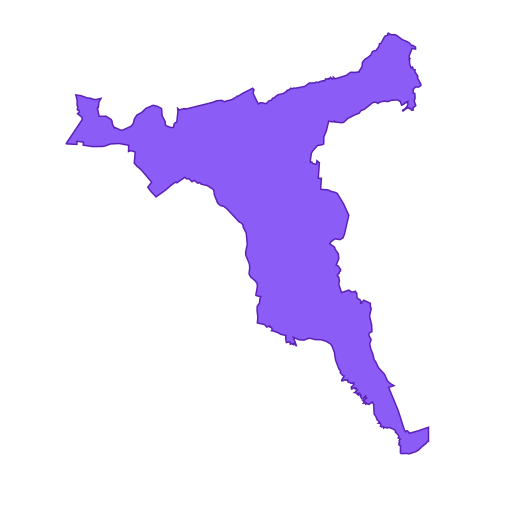 outline of Casin, Bacau, Romania, rotated 265°
{"feature_id": "2599482B1841621601229", "entity_name": "Casin", "entity_type": "district", "adm_level": 2, "iso_a3": "ROU", "parent_name": "Romania", "parent_adm1": "Bacau", "projection": "mercator", "projection_center": [26.717, 46.195], "detail": "fine", "context": "isolated", "style": "filled", "palette": "violet", "viewbox_px": 512, "rotation_deg": 265, "n_neighbors": 0, "source": "geoboundaries", "source_scale": "gbopen_adm2", "svg_char_len": 6102}
<svg xmlns="http://www.w3.org/2000/svg" viewBox="0 0 512 512"><g transform="rotate(265 256 256)"><path d="M466.5,407.2L465.8,406.5L464.4,406.5L464.0,404.0L462.6,402.7L456.9,399.1L456.8,397.5L454.2,396.9L450.2,393.4L450.2,391.8L449.3,389.7L446.3,388.0L444.2,385.0L442.4,381.5L439.6,378.9L435.4,378.2L431.1,374.8L430.4,374.9L430.3,370.8L430.8,366.3L428.0,361.6L426.1,352.6L425.7,350.3L427.4,348.6L426.0,348.5L425.4,347.3L427.5,345.9L426.6,345.0L426.4,343.4L425.7,343.5L426.4,340.7L424.5,339.7L424.8,338.2L424.1,334.5L423.4,333.3L424.0,331.3L423.3,329.5L423.7,324.2L420.7,319.4L419.7,310.3L420.0,308.3L419.5,307.3L420.1,305.0L418.8,303.9L418.3,301.3L417.5,301.1L415.3,296.9L414.8,292.3L414.4,291.3L411.7,287.3L411.7,286.2L409.7,284.9L409.7,282.9L406.8,279.2L408.2,275.2L408.2,273.2L407.2,271.6L416.7,267.8L419.2,267.4L421.6,268.5L423.4,267.3L419.1,256.6L417.0,252.7L416.7,250.7L416.1,250.3L413.9,245.4L413.4,243.1L413.3,241.1L412.5,238.1L414.1,235.0L414.0,229.9L413.0,226.9L412.4,223.6L408.6,199.4L408.9,198.9L408.5,198.1L409.1,197.4L409.1,196.5L408.7,195.9L408.8,194.8L408.1,192.4L409.9,190.8L406.7,190.8L396.6,188.8L395.0,186.1L391.6,185.1L391.2,184.3L391.6,181.9L393.6,177.8L395.2,177.1L397.9,177.2L403.9,174.7L411.0,174.8L413.7,170.8L415.1,166.6L412.6,159.1L408.9,154.6L406.9,149.7L403.3,146.9L398.3,145.1L396.0,142.5L393.0,134.1L393.2,132.2L396.3,126.6L395.9,126.2L399.2,124.6L403.5,124.2L404.8,123.4L408.3,118.8L408.8,112.0L417.2,110.8L417.7,111.9L423.2,113.0L426.5,115.3L425.8,110.2L426.2,107.7L427.5,105.1L428.3,101.3L430.8,96.0L432.2,90.6L426.4,91.4L421.7,90.9L419.3,91.6L417.8,90.7L416.5,91.4L416.6,92.3L414.8,92.7L413.3,90.6L409.5,94.6L407.1,94.8L384.7,76.8L384.2,77.0L382.8,87.3L385.8,87.5L385.7,88.2L384.5,94.0L381.5,93.5L379.2,102.9L378.5,112.3L378.8,115.5L380.3,120.9L380.0,129.4L377.4,138.8L371.2,138.1L371.8,140.9L370.0,144.8L359.3,142.8L355.9,145.1L352.2,148.9L338.7,158.5L334.0,154.2L329.8,156.7L323.6,161.6L329.7,171.9L333.9,177.6L336.4,181.9L336.7,182.8L335.8,183.6L340.6,192.0L339.0,193.4L338.8,196.0L335.5,198.7L336.5,200.5L336.5,201.2L333.6,204.4L334.1,205.9L332.4,207.7L330.4,213.6L326.5,218.6L325.2,219.7L321.0,219.8L312.0,222.4L309.4,224.9L308.2,228.3L305.6,231.1L291.4,242.2L290.2,244.2L287.7,246.0L286.3,245.6L279.6,248.3L268.2,248.3L261.1,246.1L258.1,245.8L248.7,248.7L244.9,248.7L238.7,247.5L235.3,249.0L231.4,253.0L228.2,254.8L224.5,254.5L217.0,252.4L216.5,252.8L215.1,257.3L213.3,256.2L208.7,255.3L205.8,252.8L201.4,252.3L194.9,252.5L189.2,251.5L186.9,258.6L184.2,260.6L185.2,263.4L183.7,263.8L183.5,265.2L180.7,265.9L180.2,264.2L180.2,265.6L179.5,267.3L177.6,271.4L175.8,273.8L174.2,278.9L171.7,278.3L167.2,278.7L167.5,282.3L165.1,282.5L165.6,283.7L164.5,285.4L165.6,285.6L165.6,286.3L163.3,287.9L163.2,288.4L171.7,286.2L168.8,291.6L168.0,296.5L169.3,301.0L169.4,302.7L167.5,307.8L166.9,313.5L164.8,318.6L161.9,322.6L159.3,324.0L153.2,325.7L145.4,326.2L136.0,328.8L134.3,330.2L132.6,329.7L129.7,331.7L128.7,333.4L125.0,330.6L124.1,330.6L124.3,332.3L125.1,333.8L124.3,334.5L124.7,336.5L123.0,336.5L122.0,337.3L122.0,338.6L121.0,339.2L121.0,342.3L120.2,341.8L119.8,342.4L118.2,341.2L117.4,339.6L115.6,339.4L115.1,339.8L115.9,341.5L116.0,343.5L115.6,344.1L114.9,343.5L114.6,344.8L113.6,345.4L112.5,343.5L111.9,343.6L111.3,342.3L110.8,344.3L109.9,344.6L110.3,346.3L109.2,345.2L108.4,346.1L108.9,347.0L109.0,348.1L108.3,348.5L107.2,347.8L104.5,349.0L104.1,350.0L107.6,353.6L105.4,352.5L104.7,353.7L104.0,352.3L103.3,351.9L102.5,349.9L101.5,351.5L100.0,350.2L100.1,352.9L98.9,352.5L99.2,353.3L98.3,355.6L100.4,359.2L97.7,360.3L88.1,359.9L86.3,361.2L82.1,362.4L79.7,364.8L78.8,363.3L78.3,365.2L77.4,365.9L75.6,365.1L74.8,366.0L74.7,368.0L73.4,368.2L74.2,369.5L73.2,371.7L73.6,373.5L71.6,377.8L69.9,379.7L68.2,379.6L65.8,381.9L63.1,382.6L62.4,381.8L61.1,383.8L59.8,382.6L57.3,382.7L57.2,382.1L56.1,381.9L54.9,382.3L54.5,383.4L47.4,382.7L46.5,383.3L46.1,389.3L45.5,391.2L47.2,398.1L48.5,401.0L51.3,404.3L54.5,409.1L56.2,410.6L56.2,411.7L70.4,412.9L67.8,402.9L66.0,393.2L66.9,393.1L68.7,391.5L68.7,390.7L67.9,389.7L69.6,388.7L89.5,384.2L113.6,376.7L114.8,382.1L117.4,378.5L120.1,376.1L126.9,373.7L134.2,368.2L139.7,366.2L142.6,364.6L148.0,363.9L153.1,362.3L158.7,361.6L162.7,363.4L166.3,361.8L168.1,361.6L169.4,362.2L170.6,364.9L177.1,365.2L186.2,363.9L193.6,366.2L195.6,365.6L198.9,365.8L202.6,359.4L199.8,357.1L199.9,356.1L201.7,356.6L203.7,355.6L204.0,354.4L205.6,353.0L210.3,353.1L210.9,352.0L212.2,352.1L211.6,348.4L214.0,345.5L212.1,338.0L220.8,336.0L223.7,336.9L226.3,336.8L228.3,336.4L228.2,335.8L228.6,335.5L230.2,335.4L231.7,337.5L232.6,337.4L233.7,338.8L235.1,339.1L238.8,337.1L240.0,335.1L246.2,338.3L251.0,338.2L255.9,335.4L258.0,335.0L261.8,330.5L263.9,332.3L266.2,336.2L265.0,341.0L266.3,344.1L270.2,346.1L288.5,352.0L300.3,347.8L311.0,342.5L312.2,341.1L314.4,335.1L314.9,335.0L315.7,332.8L316.8,326.2L327.7,327.9L328.0,324.8L343.4,327.3L345.6,325.0L342.0,324.1L342.3,323.0L343.3,320.6L344.8,319.7L344.5,318.5L346.2,318.4L353.7,320.2L355.7,321.6L360.7,326.9L361.1,331.8L361.7,333.2L368.8,334.0L374.6,337.0L384.0,340.2L383.0,343.6L383.0,344.8L383.6,345.9L382.7,346.0L381.3,352.9L381.5,355.0L385.0,359.4L387.9,366.5L389.3,371.3L391.5,372.9L392.8,376.9L398.9,386.1L398.6,389.2L397.3,390.7L398.1,391.8L398.8,394.2L399.0,397.7L398.3,401.1L399.3,404.2L399.2,410.4L397.3,413.2L393.5,414.2L394.4,416.6L395.7,417.9L395.4,418.4L395.8,419.1L396.4,419.3L396.6,420.7L395.6,420.1L394.1,420.7L391.6,419.3L390.9,418.4L390.4,418.6L388.4,414.7L388.0,414.7L387.6,415.3L389.4,417.8L390.4,420.5L390.1,421.6L389.5,421.5L389.0,423.2L387.6,423.6L387.8,425.4L389.8,425.3L391.9,428.3L396.6,427.1L399.1,428.2L404.1,428.4L404.6,426.8L408.3,427.2L410.5,429.6L410.1,432.7L411.6,435.2L413.0,435.1L419.4,432.3L420.8,432.9L425.7,430.4L427.5,430.7L427.4,430.3L429.4,428.0L430.0,428.6L430.7,428.2L430.0,427.3L430.3,426.5L434.7,425.8L438.3,426.1L438.6,425.5L439.4,426.6L440.0,426.0L441.7,425.9L449.1,429.5L448.2,433.0L450.3,433.1L452.2,430.4L452.0,429.4L455.0,427.2L456.6,424.9L458.8,420.6L463.3,415.6L464.4,413.8L464.6,410.0L466.5,407.2Z" fill="#8b5cf6" stroke="#5b21b6" stroke-width="1.5"/></g></svg>